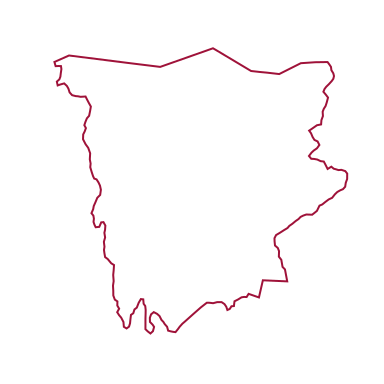 Itatira, Ceará, Brazil (Equal Earth projection), rotated 187°
{"feature_id": "56859067B49742639550907", "entity_name": "Itatira", "entity_type": "district", "adm_level": 2, "iso_a3": "BRA", "parent_name": "Brazil", "parent_adm1": "Ceará", "projection": "equal_earth", "projection_center": [-39.581, -4.608], "detail": "fine", "context": "isolated", "style": "outline", "palette": "rose", "viewbox_px": 384, "rotation_deg": 187, "n_neighbors": 0, "source": "geoboundaries", "source_scale": "gbopen_adm2", "svg_char_len": 2996}
<svg xmlns="http://www.w3.org/2000/svg" viewBox="0 0 384 384"><g transform="rotate(187 192 192)"><path d="M73.3,337.5L85.6,335.8L99.7,333.1L119.8,319.7L132.2,319.6L135.6,319.5L139.0,319.4L148.1,319.3L186.1,336.1L188.7,337.2L193.3,334.9L238.8,312.3L263.9,312.3L271.8,312.3L330.7,312.5L344.4,304.3L342.7,300.3L339.7,300.8L337.4,301.0L336.6,298.1L336.7,294.0L336.7,290.4L337.4,287.6L339.6,285.1L338.3,281.4L335.7,282.7L332.1,284.2L329.1,282.0L327.3,279.6L325.6,275.9L322.8,273.5L319.1,273.0L316.8,273.1L314.2,272.9L309.3,273.8L307.7,271.4L305.3,267.9L302.8,264.5L303.0,260.1L303.4,255.1L305.3,252.3L306.3,248.7L307.0,245.2L305.1,242.5L305.9,239.0L307.0,235.9L306.6,231.1L303.4,226.4L300.4,223.2L297.8,218.0L297.4,211.9L296.1,207.9L296.0,204.2L294.0,199.6L292.1,195.6L290.7,193.4L288.3,192.9L285.9,190.0L284.1,187.1L282.7,183.1L282.8,177.9L285.3,174.7L286.7,169.7L287.8,166.1L288.0,162.9L289.2,158.7L287.0,156.5L286.1,153.5L286.1,150.3L284.8,147.6L283.3,145.3L279.8,146.1L278.4,150.8L276.2,151.3L273.9,148.1L273.7,143.9L274.0,140.8L272.7,136.3L273.4,131.8L272.2,127.0L272.3,123.8L271.5,120.7L270.3,116.8L267.5,115.2L263.5,111.4L260.5,110.0L260.2,104.5L260.1,100.0L258.9,94.0L259.0,89.4L258.1,84.4L257.5,79.7L255.5,75.8L252.7,74.3L252.3,70.2L250.1,67.3L251.6,63.6L249.3,60.8L247.0,58.7L244.2,54.6L243.2,49.9L240.3,48.6L238.1,50.7L237.5,54.1L237.6,58.1L237.6,62.6L235.5,64.5L234.8,68.4L232.7,70.5L231.4,75.6L229.7,79.5L227.3,79.5L226.4,75.2L224.5,73.1L223.6,69.2L223.2,65.4L222.8,61.0L222.4,57.6L222.0,54.4L221.5,50.2L219.0,48.3L216.0,46.5L213.8,49.1L213.2,53.5L214.9,55.5L217.9,57.9L218.5,62.0L217.7,65.6L215.3,68.1L211.8,66.8L209.1,64.9L206.7,61.3L204.6,59.6L203.0,57.6L200.3,55.2L198.8,51.5L196.2,51.1L193.5,50.9L191.3,50.9L189.3,54.1L187.8,56.8L185.5,60.1L183.4,62.4L175.7,71.2L169.1,78.6L163.8,83.9L161.0,84.2L157.5,84.2L153.5,85.8L149.2,86.3L146.1,84.7L144.0,82.3L142.5,79.2L140.3,80.5L138.9,83.4L136.5,83.9L136.5,88.7L133.1,91.0L130.0,93.5L127.5,94.2L125.0,94.4L123.4,97.8L112.7,95.5L110.9,113.0L86.6,114.9L90.3,126.5L93.0,128.7L95.1,135.6L97.9,138.4L98.4,143.9L100.0,146.9L103.1,149.0L104.0,153.0L104.5,156.2L103.3,159.5L99.7,162.3L96.1,165.3L92.8,167.9L91.3,170.2L88.5,172.7L85.6,175.8L83.0,178.1L81.2,180.5L78.8,182.1L75.8,183.6L72.3,183.9L70.0,184.1L67.8,186.3L65.7,188.5L63.8,194.0L61.2,195.5L58.4,198.4L55.4,201.3L52.2,203.3L49.9,207.1L47.8,209.7L45.0,211.8L42.5,213.2L40.6,215.9L40.5,219.9L39.6,223.8L40.2,229.2L42.4,231.4L46.4,232.2L49.3,231.6L52.0,232.1L54.2,232.4L56.8,234.1L60.2,231.4L63.0,235.6L64.9,238.3L68.1,238.3L71.6,239.5L74.9,239.7L77.7,239.5L80.3,242.0L78.2,245.6L76.2,248.0L73.3,250.6L71.3,254.2L73.5,257.5L76.8,258.6L79.0,261.3L81.0,264.8L83.2,267.2L81.0,269.1L79.0,270.9L76.1,273.5L72.1,274.8L72.3,279.1L71.3,283.3L72.1,287.6L71.3,290.7L69.9,293.6L69.2,297.2L68.5,302.3L71.0,304.9L73.8,307.5L73.0,310.4L71.6,312.8L69.2,315.8L66.8,319.2L65.5,321.6L65.2,324.4L66.2,327.0L68.5,329.9L69.3,333.1L71.1,335.2L73.3,337.5Z" fill="none" stroke="#9f1239" stroke-width="2"/></g></svg>